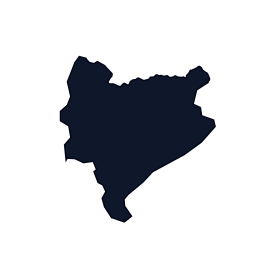 outline of Lawrence, Kentucky, United States of America, rotated 297°
{"feature_id": "52423323B59215052326858", "entity_name": "Lawrence", "entity_type": "district", "adm_level": 2, "iso_a3": "USA", "parent_name": "United States of America", "parent_adm1": "Kentucky", "projection": "albers", "projection_center": [-82.636, 38.073], "detail": "fine", "context": "isolated", "style": "filled", "palette": "ink", "viewbox_px": 256, "rotation_deg": 297, "n_neighbors": 0, "source": "geoboundaries", "source_scale": "gbopen_adm2", "svg_char_len": 1711}
<svg xmlns="http://www.w3.org/2000/svg" viewBox="0 0 256 256"><g transform="rotate(297 128 128)"><path d="M40.8,154.0L42.7,167.3L51.0,171.1L56.8,160.4L62.7,156.7L69.0,158.2L86.7,165.8L100.3,169.7L130.0,190.2L148.7,199.7L168.9,204.9L173.9,200.6L172.3,188.0L179.0,183.2L178.7,175.2L193.1,171.8L204.9,178.6L205.1,178.2L205.5,178.2L207.8,178.7L208.7,178.4L210.0,177.1L211.8,174.9L212.8,173.2L212.9,172.8L212.6,172.5L213.6,167.7L214.9,166.1L215.2,164.8L215.2,163.5L214.8,163.0L214.3,162.7L212.9,162.2L208.4,158.7L207.8,157.6L207.2,157.4L204.0,157.3L201.7,156.4L200.9,156.5L199.8,157.1L199.0,157.0L198.6,156.5L198.4,156.0L198.6,155.0L198.5,154.1L197.8,153.6L196.9,151.8L195.9,149.2L195.9,146.5L195.5,146.0L194.5,145.6L193.0,144.2L191.9,142.2L191.8,141.2L192.3,140.1L192.3,139.1L191.1,137.8L190.2,136.3L190.0,135.5L189.9,133.8L189.2,132.8L188.5,132.0L188.5,129.8L187.9,128.9L185.3,128.1L183.4,125.0L180.8,124.4L177.7,121.0L177.2,119.6L177.3,118.1L177.2,114.6L176.5,113.8L175.3,113.4L174.7,113.0L173.3,111.0L172.7,110.4L171.9,110.1L170.6,109.1L167.7,109.3L166.6,109.1L166.4,108.8L166.1,108.1L166.1,104.6L165.8,104.1L164.5,103.5L162.0,102.8L161.3,102.3L161.1,101.8L160.8,100.1L160.7,96.6L160.5,94.8L158.7,91.4L159.3,89.7L160.5,89.1L164.8,89.4L166.6,90.0L168.5,89.5L169.2,89.0L171.4,82.6L172.9,78.8L173.0,77.3L173.2,70.8L172.6,70.1L170.9,69.3L169.9,68.3L169.5,67.0L168.8,64.0L168.9,63.3L170.5,59.4L171.0,58.9L169.5,52.2L162.0,51.1L141.7,53.1L130.1,62.8L120.8,63.7L112.2,60.3L103.8,64.6L103.1,74.3L93.5,81.5L84.2,79.2L71.4,87.4L73.6,87.5L76.7,94.7L77.0,104.1L82.6,112.1L76.7,118.9L73.7,117.6L65.9,126.1L65.9,131.4L61.4,137.2L53.6,137.0L47.1,143.0L40.8,154.0Z" fill="#0f172a" stroke="#020617" stroke-width="1.5"/></g></svg>